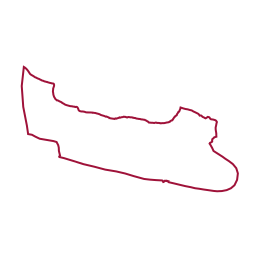 the district of Mad, Vientiane, Laos, rotated 79°
{"feature_id": "54806243B62258390491570", "entity_name": "Mad", "entity_type": "district", "adm_level": 2, "iso_a3": "LAO", "parent_name": "Laos", "parent_adm1": "Vientiane", "projection": "albers", "projection_center": [101.829, 18.685], "detail": "fine", "context": "isolated", "style": "outline", "palette": "rose", "viewbox_px": 256, "rotation_deg": 79, "n_neighbors": 0, "source": "geoboundaries", "source_scale": "gbopen_adm2", "svg_char_len": 5339}
<svg xmlns="http://www.w3.org/2000/svg" viewBox="0 0 256 256"><g transform="rotate(79 128 128)"><path d="M188.9,98.5L191.4,92.9L193.6,88.1L196.0,82.8L198.1,77.6L199.9,73.7L201.2,69.8L202.8,65.5L203.9,62.3L206.1,56.0L207.1,52.6L207.8,47.9L207.8,43.0L206.8,38.5L204.5,34.4L199.7,30.8L193.5,28.8L188.1,29.4L183.5,31.9L179.7,35.3L176.8,38.3L174.2,40.7L166.9,48.4L163.6,49.2L160.3,50.3L158.9,50.9L158.2,50.3L157.8,48.5L157.0,47.8L156.0,47.8L154.9,47.2L154.4,46.1L153.6,45.1L153.4,42.9L151.9,42.7L150.4,42.4L148.9,42.3L147.8,42.3L146.1,42.2L144.3,41.9L142.5,41.1L140.2,40.2L139.1,39.6L137.7,40.1L137.0,40.8L136.4,41.9L135.9,42.9L135.3,44.8L134.6,45.5L133.8,45.8L133.1,46.1L132.7,46.7L132.3,47.6L132.5,48.0L132.9,48.8L133.3,50.0L132.9,50.6L132.0,51.6L131.3,52.7L130.6,53.1L129.7,53.8L129.5,54.6L129.5,55.3L128.7,55.6L127.6,56.2L126.8,57.2L124.9,59.7L124.3,60.6L122.9,62.1L122.1,63.9L121.1,65.8L120.3,68.0L119.3,70.0L117.9,72.5L118.5,72.8L118.9,72.9L119.5,73.2L120.0,73.5L120.4,73.9L120.7,74.1L121.1,74.3L121.3,74.4L121.5,74.5L121.7,74.8L121.8,74.9L121.8,75.1L121.8,75.4L122.0,75.5L122.5,76.0L122.8,76.2L123.0,76.4L123.4,76.9L124.0,77.4L124.1,77.5L124.4,77.5L124.5,77.6L124.8,77.8L124.9,78.0L125.0,78.2L125.1,78.5L125.2,78.9L125.3,79.1L125.4,79.4L125.5,79.5L125.8,79.6L125.9,79.8L125.9,80.0L126.0,80.2L126.1,80.3L126.8,81.1L127.1,81.3L127.3,81.4L127.4,81.5L127.5,81.7L127.6,81.8L127.7,82.0L127.9,82.1L128.3,82.3L128.4,82.6L129.0,83.4L128.9,84.0L129.1,84.4L129.2,84.8L129.5,85.5L129.9,85.8L129.9,86.2L129.9,86.5L130.1,86.9L130.1,87.6L130.1,87.9L130.0,88.8L130.1,90.6L130.1,91.3L130.1,91.7L130.0,92.2L129.8,93.4L129.7,93.7L129.7,94.3L129.7,94.8L129.6,95.0L129.5,95.5L129.3,95.6L129.0,96.5L128.9,96.9L128.8,97.2L128.7,97.9L128.6,98.1L128.6,98.4L128.5,98.7L128.3,99.0L128.2,99.2L128.0,99.5L128.0,100.1L128.0,100.4L128.1,101.4L128.0,101.6L127.9,101.8L127.8,102.2L127.5,103.1L127.4,103.7L127.2,104.4L127.2,104.6L127.0,105.1L126.9,105.3L126.8,105.9L126.7,106.2L126.6,106.5L126.2,106.7L126.0,106.9L125.5,107.2L125.3,107.5L124.9,108.0L124.7,108.2L124.3,108.5L124.1,108.8L124.0,109.0L123.7,109.5L123.2,109.9L122.7,111.4L122.4,112.1L122.3,112.4L122.3,112.7L122.1,113.1L122.0,113.5L121.7,114.1L121.5,114.4L121.4,114.8L121.1,115.6L121.1,115.9L121.0,116.1L120.9,116.3L120.7,116.8L120.6,117.1L120.5,117.4L120.4,117.6L120.3,117.8L120.3,118.0L119.9,118.6L119.6,119.0L119.4,119.5L119.4,120.0L119.2,120.4L119.0,120.6L118.9,120.8L118.8,121.2L118.7,121.6L118.5,121.8L118.3,122.0L118.2,122.5L118.1,123.3L117.7,124.1L117.7,124.4L117.3,125.5L117.3,126.1L117.4,126.3L117.5,126.6L117.5,126.9L117.4,127.1L117.2,127.3L117.1,127.7L116.9,127.9L116.6,128.3L116.6,128.6L116.6,128.8L116.4,129.2L116.2,129.6L116.1,129.8L116.1,130.2L116.2,130.6L116.3,130.8L116.3,131.1L116.2,131.6L116.2,132.3L116.3,133.6L116.4,134.0L116.2,134.4L116.0,134.5L116.3,135.4L116.4,136.4L116.6,137.5L116.4,137.7L116.2,138.3L116.3,138.9L116.3,139.0L116.6,139.3L116.2,140.2L116.2,140.4L115.2,143.2L114.7,144.2L114.7,144.4L114.3,144.5L113.6,145.5L113.0,146.4L112.6,147.0L112.7,147.5L112.1,148.4L111.5,149.3L111.1,150.1L110.7,150.9L110.0,152.2L109.2,153.1L108.6,154.1L108.1,155.1L107.6,156.2L107.3,156.7L106.9,157.5L106.7,158.4L106.6,158.6L106.2,159.6L106.3,159.9L105.9,160.5L105.7,161.5L105.5,162.5L105.2,163.8L105.0,164.4L105.0,164.8L104.9,165.2L104.6,166.2L104.1,167.1L103.8,167.5L103.5,168.4L103.3,168.8L103.1,169.3L103.1,169.7L103.0,170.1L102.9,170.6L102.2,172.1L101.5,172.8L100.8,173.1L99.7,173.2L98.6,173.5L98.2,173.7L97.8,173.9L97.4,174.6L97.3,174.9L97.3,175.2L97.3,175.3L97.4,175.5L97.3,175.9L96.7,176.8L96.5,177.8L96.0,178.8L95.8,179.6L95.5,180.6L94.2,183.2L94.0,183.6L93.4,184.7L92.7,185.7L91.8,186.5L91.3,187.2L91.0,187.7L90.6,187.9L90.2,188.2L89.7,188.8L89.5,189.1L88.6,190.4L88.1,190.9L87.6,191.6L87.3,192.2L87.3,192.5L86.8,192.8L86.4,193.2L85.8,193.7L85.5,193.8L84.9,194.0L83.6,194.5L82.7,194.7L81.7,194.8L81.0,194.9L80.2,194.8L79.2,194.8L78.7,194.7L78.2,194.8L77.4,194.6L75.4,194.0L74.9,193.9L74.1,193.4L73.0,192.8L72.5,192.5L71.9,192.4L71.3,192.3L70.8,192.4L70.4,192.5L70.1,192.9L70.0,193.2L69.8,193.8L69.7,194.2L69.5,194.5L69.3,194.9L69.0,195.6L68.7,196.3L67.7,198.2L67.3,198.7L67.2,199.3L66.8,199.9L66.5,200.7L66.1,201.4L65.5,202.2L65.0,203.3L64.5,204.0L64.2,204.2L63.7,205.0L62.9,205.9L62.4,206.8L61.7,207.8L60.9,208.7L60.7,209.2L60.3,209.7L59.8,210.2L59.3,210.6L58.7,211.3L58.3,211.7L58.1,212.0L57.8,212.3L57.6,212.6L57.4,212.8L57.1,213.1L56.1,213.9L55.1,214.3L54.7,214.4L53.9,214.8L53.5,214.9L51.7,215.8L50.4,216.6L50.0,216.9L48.9,217.8L48.2,218.6L66.5,224.3L87.3,226.8L106.4,226.8L114.9,227.2L116.3,223.6L118.8,220.6L121.7,216.7L126.6,203.7L128.1,200.8L131.5,199.8L134.0,199.7L137.3,200.2L142.0,200.0L142.1,200.3L142.5,200.5L143.0,201.0L143.4,200.9L144.2,199.1L145.4,196.5L150.0,187.8L155.0,178.6L159.5,168.6L164.5,158.3L168.4,147.8L172.1,139.5L176.4,131.4L181.1,121.9L182.9,116.2L184.4,110.8L186.0,104.5L186.2,104.3L186.3,104.2L186.5,104.2L186.9,103.9L187.0,103.9L187.3,103.8L187.5,103.8L187.8,103.7L187.8,103.4L187.7,103.2L187.5,102.9L187.4,102.8L187.4,102.6L187.3,102.4L187.2,102.3L187.1,102.2L187.1,101.9L186.8,101.9L186.8,101.7L187.0,101.4L187.0,101.0L187.1,100.8L187.1,100.7L187.1,100.4L187.4,100.3L187.4,100.2L187.4,99.8L187.5,99.6L187.5,99.4L187.8,99.2L188.0,99.0L188.0,98.5L188.4,98.6L188.5,98.6L188.8,98.5L188.9,98.5Z" fill="none" stroke="#9f1239" stroke-width="2"/></g></svg>